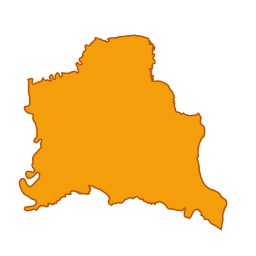 outline of Ban Sang, Prachin Buri, Thailand, rotated 5°
{"feature_id": "78962969B49210978895600", "entity_name": "Ban Sang", "entity_type": "district", "adm_level": 2, "iso_a3": "THA", "parent_name": "Thailand", "parent_adm1": "Prachin Buri", "projection": "mercator", "projection_center": [101.25, 13.956], "detail": "fine", "context": "isolated", "style": "filled", "palette": "amber", "viewbox_px": 256, "rotation_deg": 5, "n_neighbors": 0, "source": "geoboundaries", "source_scale": "gbopen_adm2", "svg_char_len": 5712}
<svg xmlns="http://www.w3.org/2000/svg" viewBox="0 0 256 256"><g transform="rotate(5 128 128)"><path d="M142.7,41.8L142.3,41.1L143.2,40.8L142.6,39.8L141.9,40.2L141.3,39.2L140.7,38.7L140.8,37.4L140.4,37.0L131.6,35.2L129.6,35.5L126.4,35.0L120.1,36.3L118.4,36.4L116.4,37.1L110.2,38.2L109.7,38.9L102.3,40.1L101.9,40.0L100.2,41.2L101.2,41.6L101.4,43.1L99.1,44.2L98.0,42.8L96.8,43.4L95.4,42.9L94.5,42.9L93.2,41.7L91.6,42.1L88.1,40.7L87.5,41.5L87.1,43.4L85.1,45.9L83.6,47.0L82.9,49.0L81.1,49.6L79.2,48.9L78.2,49.8L78.4,51.6L79.3,52.8L79.2,53.7L78.6,54.7L77.3,55.7L77.0,56.4L76.5,58.8L76.6,60.2L76.3,61.0L75.7,61.7L74.0,62.9L73.5,64.0L74.2,65.6L75.7,66.6L76.2,67.2L76.5,68.1L76.4,68.7L75.3,69.2L74.7,69.2L73.4,68.4L72.4,67.3L71.2,67.8L70.6,68.4L70.8,69.4L72.2,71.2L72.8,74.0L73.7,75.6L73.7,76.7L73.3,77.4L72.6,77.6L71.0,76.4L70.2,76.1L67.2,77.0L64.8,78.5L61.4,79.0L57.4,78.8L57.3,79.3L58.0,81.6L57.3,82.7L56.7,83.1L55.4,82.5L54.6,80.7L53.7,79.5L52.7,79.3L50.9,82.0L50.9,82.7L51.5,84.7L51.1,85.7L50.2,85.9L49.6,85.6L48.2,82.3L47.5,81.9L46.6,81.9L45.8,82.9L45.4,84.1L45.5,84.9L47.0,87.0L47.0,87.6L46.7,87.9L45.8,88.0L43.9,87.1L41.9,87.8L41.1,87.7L40.4,87.2L39.1,85.8L38.7,85.7L38.4,87.6L37.6,88.8L33.1,90.8L30.5,92.7L29.6,92.4L28.6,91.5L28.5,90.3L28.8,88.0L28.4,87.3L27.7,87.2L26.4,87.5L24.2,88.4L24.7,89.2L25.2,92.6L25.7,100.0L27.2,105.3L28.0,112.4L27.7,113.6L26.7,114.7L25.5,115.3L23.4,115.7L23.1,116.7L23.1,117.9L24.2,119.4L26.2,121.3L28.4,122.0L31.4,122.2L32.5,123.1L32.4,126.6L32.7,127.7L33.2,128.7L35.0,130.8L35.9,132.6L37.7,138.4L38.0,143.8L37.6,145.3L36.2,147.1L35.7,148.3L35.6,149.1L35.8,149.8L36.9,150.6L37.7,150.6L38.6,150.2L39.8,149.0L40.8,147.4L41.4,146.8L42.4,146.9L43.0,148.1L42.3,151.8L43.2,154.3L43.1,155.0L36.6,163.5L35.8,165.8L35.7,166.9L36.5,170.7L35.7,172.6L35.6,173.5L36.1,174.8L38.5,178.0L38.6,179.3L37.8,180.2L36.9,180.5L34.2,179.8L32.0,179.8L30.7,180.7L30.1,182.8L30.8,184.7L32.0,186.3L32.9,186.8L34.1,186.8L36.6,185.5L37.7,184.7L41.3,180.3L42.6,180.2L43.2,180.4L43.6,180.9L44.0,182.5L44.1,184.4L43.6,186.1L37.8,193.3L35.9,194.8L34.5,194.9L33.6,194.4L31.7,192.1L29.3,188.1L28.4,187.6L27.0,187.7L25.6,188.8L25.0,189.9L24.6,191.4L24.9,193.3L25.8,196.1L28.3,200.6L29.6,202.1L30.5,202.9L34.3,204.7L38.2,207.0L42.2,208.0L43.0,209.0L43.0,211.1L42.3,212.6L41.7,213.1L40.1,214.1L32.7,215.8L32.3,216.2L31.9,217.1L32.0,217.9L32.6,218.6L33.9,219.1L35.3,219.1L37.0,218.8L40.7,217.3L42.7,217.2L43.9,217.8L45.9,215.0L46.1,214.3L47.1,213.9L47.5,213.0L48.2,213.2L48.6,212.8L50.1,213.0L51.1,212.5L52.3,213.6L53.0,213.3L54.2,213.4L55.1,212.9L55.3,212.3L55.1,211.9L55.6,211.5L54.9,210.3L55.0,210.0L56.0,210.2L56.9,209.9L58.2,210.7L60.4,210.8L60.9,210.4L61.2,209.5L61.8,209.2L63.0,209.2L63.8,207.0L65.6,206.2L66.6,205.3L66.7,203.8L67.1,203.2L68.2,203.2L69.2,202.3L71.8,201.8L71.9,201.3L71.2,200.5L71.6,199.4L72.6,199.1L74.7,199.3L75.1,199.1L75.6,199.3L76.8,198.8L76.9,198.3L76.2,197.6L76.2,197.2L77.1,195.8L80.4,195.4L82.6,196.3L83.5,195.7L83.8,196.1L84.0,197.0L85.1,197.7L86.0,197.2L86.4,197.6L86.9,197.3L87.6,197.6L88.1,197.0L91.2,197.5L92.6,196.9L93.4,197.5L95.2,196.7L95.3,196.4L94.8,195.7L94.9,194.8L95.8,194.0L95.6,192.7L96.0,191.6L95.9,191.2L95.1,191.0L94.7,190.4L93.8,188.8L94.1,188.8L95.6,189.0L97.6,188.9L100.5,190.4L103.6,191.1L106.0,192.0L111.0,194.7L113.0,196.1L115.0,197.8L115.2,198.1L114.9,198.7L115.9,200.1L115.6,201.4L114.9,202.7L115.6,205.0L118.3,206.4L120.0,204.6L122.7,204.2L124.4,203.1L126.7,203.5L128.6,203.0L130.2,201.4L131.6,199.2L134.0,198.5L135.3,197.4L136.6,197.3L138.6,198.0L142.8,195.5L144.4,196.2L145.7,197.7L147.7,197.9L149.0,197.4L149.5,197.8L149.4,198.8L149.6,199.2L153.1,200.2L155.2,201.3L156.9,200.6L157.9,201.9L158.3,201.8L158.9,200.8L159.5,200.6L160.9,200.7L161.1,201.5L161.6,201.5L162.1,201.0L162.4,199.7L164.2,199.3L165.3,198.6L168.4,199.3L171.7,201.0L174.7,204.4L176.1,204.9L180.7,205.1L184.1,205.6L188.6,205.7L189.5,205.4L191.4,202.9L191.8,203.2L192.3,204.7L191.3,207.2L191.8,208.5L191.7,210.7L193.6,211.8L194.5,211.8L197.0,212.6L198.2,211.2L200.2,206.1L201.4,204.1L203.1,203.1L204.4,203.3L205.4,203.1L206.4,204.7L207.5,205.0L208.2,205.7L208.4,207.1L208.9,207.9L208.5,208.5L210.6,209.4L212.5,212.3L215.7,212.1L219.1,215.8L224.5,218.1L229.6,221.0L230.1,214.3L230.5,211.7L230.1,208.2L230.0,205.0L230.9,201.8L231.1,199.5L232.1,198.8L231.9,197.9L232.5,197.1L232.8,196.2L232.7,194.4L232.9,193.4L232.3,192.8L231.9,191.5L229.8,190.0L227.4,188.8L224.6,185.2L223.8,184.6L219.4,182.7L215.0,181.8L210.4,179.0L206.9,174.7L204.8,170.4L202.6,163.8L202.2,160.1L199.6,152.0L199.5,151.0L200.3,150.3L200.6,149.7L199.8,147.2L199.7,142.7L200.3,137.1L201.4,134.6L201.9,132.6L204.3,129.6L204.7,128.5L204.5,125.4L204.7,124.1L203.6,120.2L203.2,119.6L200.9,118.3L199.6,115.8L199.5,114.7L199.9,112.0L199.7,111.2L197.2,107.4L196.7,107.2L196.3,107.3L195.0,109.1L188.3,110.4L183.8,109.7L181.9,108.4L179.7,109.6L178.1,108.2L174.6,107.7L173.9,106.6L173.4,104.6L172.1,102.0L172.4,99.5L170.9,98.6L171.9,97.4L170.4,95.5L171.4,94.2L170.9,91.7L168.8,87.8L166.8,86.2L164.3,82.2L161.9,80.6L156.6,78.7L154.4,78.6L150.0,79.1L148.0,79.1L148.0,78.1L147.2,77.6L147.2,77.2L148.8,77.2L148.9,76.8L148.6,76.4L147.3,76.3L147.2,76.0L148.7,74.4L148.8,73.9L148.7,73.7L146.7,74.7L146.1,74.6L146.0,73.2L147.0,71.8L146.0,71.1L146.6,69.9L144.2,68.0L144.3,67.6L144.8,67.4L146.7,67.6L146.7,66.3L147.2,64.7L146.6,63.7L146.6,63.2L147.2,62.0L149.0,61.1L148.7,58.3L147.2,57.1L146.6,56.1L147.8,54.1L147.8,52.3L147.4,52.1L146.4,52.4L146.0,52.2L145.9,49.8L145.6,49.0L145.7,48.6L146.9,48.2L147.3,46.7L145.5,46.7L145.3,46.5L145.7,45.8L147.4,45.0L147.1,44.7L146.6,44.8L146.0,43.5L145.4,43.4L145.3,42.2L144.2,42.1L143.8,42.5L143.5,42.2L142.4,42.7L142.0,42.6L142.0,42.3L142.7,41.8Z" fill="#f59e0b" stroke="#b45309" stroke-width="1.5"/></g></svg>